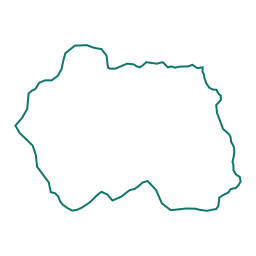 Eskisehir, orthographic projection
{"feature_id": "TUR-2269", "entity_name": "Eskisehir", "entity_type": "Province", "adm_level": 1, "iso_a3": "TUR", "parent_name": "Turkey", "parent_adm1": "", "projection": "orthographic", "projection_center": [31.246, 39.627], "detail": "fine", "context": "isolated", "style": "outline", "palette": "teal", "viewbox_px": 256, "rotation_deg": 0, "n_neighbors": 0, "source": "natural_earth", "source_scale": "10m", "svg_char_len": 1399}
<svg xmlns="http://www.w3.org/2000/svg" viewBox="0 0 256 256"><path d="M86.9,45.2L93.9,47.8L101.5,49.1L106.5,55.6L107.6,64.7L108.2,67.9L111.0,68.8L115.8,68.5L127.0,63.7L133.8,64.4L136.7,66.3L139.8,67.4L143.1,65.1L146.3,62.2L157.1,63.7L160.1,62.7L163.0,62.4L167.9,67.4L171.3,66.4L175.1,67.7L179.7,66.6L188.2,66.4L192.4,64.8L197.2,68.1L202.6,67.3L202.5,71.8L204.0,74.5L204.5,78.4L206.2,83.1L209.2,87.6L212.7,89.5L216.6,89.8L217.5,92.0L219.2,94.5L220.7,95.6L221.0,99.6L216.2,105.2L217.0,112.8L223.0,128.9L228.9,134.1L230.6,137.2L231.1,141.9L232.8,144.7L234.2,147.9L234.2,152.6L233.6,157.2L232.5,161.8L233.0,163.8L233.4,164.6L233.5,170.5L236.0,174.5L239.8,177.0L240.6,181.6L238.4,185.3L235.6,188.2L233.0,188.5L230.4,189.3L229.5,190.9L228.4,192.5L222.1,195.6L219.3,197.7L218.9,202.2L218.0,206.6L216.2,209.0L206.9,210.8L199.9,209.9L195.4,208.7L186.1,208.5L170.8,210.2L161.9,203.4L156.0,189.9L147.6,181.0L142.7,182.5L138.6,186.1L134.4,189.0L129.7,190.1L121.2,196.7L112.5,200.5L107.4,194.6L101.4,191.8L97.2,195.1L89.7,202.4L81.7,207.7L77.5,209.7L72.0,210.6L66.7,207.6L64.8,206.1L62.8,204.8L60.1,201.4L58.3,196.5L55.0,193.2L50.8,192.2L48.8,182.5L37.1,166.7L35.8,154.8L32.6,145.5L19.7,133.0L15.4,125.6L22.0,118.0L27.2,109.0L28.6,93.4L31.7,90.8L35.3,89.0L37.3,86.0L39.1,82.8L45.2,80.3L51.5,80.4L57.6,76.0L61.6,69.0L63.2,61.0L65.4,53.2L74.9,45.6L86.9,45.2Z" fill="none" stroke="#0f766e" stroke-width="2"/></svg>